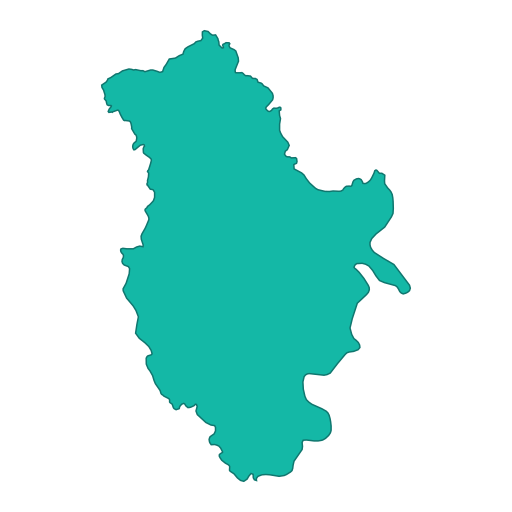 Mashaleng, Mohale's Hoek, Lesotho (Robinson projection)
{"feature_id": "5366337B32794114479913", "entity_name": "Mashaleng", "entity_type": "district", "adm_level": 2, "iso_a3": "LSO", "parent_name": "Lesotho", "parent_adm1": "Mohale's Hoek", "projection": "robinson", "projection_center": [27.391, -30.076], "detail": "fine", "context": "isolated", "style": "filled", "palette": "teal", "viewbox_px": 512, "rotation_deg": 0, "n_neighbors": 0, "source": "geoboundaries", "source_scale": "gbopen_adm2", "svg_char_len": 6039}
<svg xmlns="http://www.w3.org/2000/svg" viewBox="0 0 512 512"><path d="M215.6,34.9L212.5,35.2L210.2,33.7L208.1,31.5L204.3,30.7L202.4,31.9L202.3,35.1L202.7,38.1L200.9,40.6L197.9,41.2L195.9,41.9L194.2,43.7L188.0,46.8L185.2,48.7L183.7,51.5L183.0,54.1L179.2,55.7L175.4,58.1L169.3,59.0L166.2,64.4L164.0,67.4L162.6,71.6L159.9,72.4L157.1,71.3L152.8,70.0L150.7,70.0L144.9,71.7L143.0,70.7L140.8,70.7L135.6,69.6L133.6,70.0L131.8,69.4L128.9,69.0L122.4,70.9L118.5,73.6L115.9,74.0L110.9,77.5L107.9,78.9L107.4,80.3L106.1,82.1L101.7,85.1L102.0,87.5L103.6,90.2L105.0,94.8L105.1,96.6L104.4,98.3L104.5,99.0L106.1,100.8L106.8,103.9L107.2,104.8L108.5,105.5L111.0,105.5L111.4,105.9L111.2,106.6L109.2,109.1L108.2,111.5L108.9,112.4L111.8,112.0L112.3,112.3L112.8,111.8L117.6,110.1L118.1,110.2L118.5,110.5L119.2,111.4L120.2,114.0L121.9,117.3L123.6,120.1L124.5,120.6L125.4,120.5L128.6,120.9L129.5,121.1L130.2,121.6L131.0,123.4L131.8,127.4L131.6,128.1L131.8,128.9L134.9,134.2L136.0,135.0L136.4,135.9L136.8,137.9L136.2,141.2L135.2,142.2L134.6,142.4L133.4,143.9L132.9,145.1L132.7,146.6L132.9,148.0L133.6,149.5L133.8,149.8L134.8,149.7L135.3,149.4L140.3,145.2L143.3,144.5L144.2,144.9L144.5,146.2L143.8,147.0L143.2,148.8L143.4,152.4L143.7,153.1L145.9,154.9L149.6,157.5L151.3,159.3L151.3,160.7L150.5,163.8L148.6,169.9L147.8,170.7L147.5,171.7L148.2,172.3L148.6,173.1L148.6,174.3L148.4,177.0L147.5,180.5L147.6,182.5L147.0,183.6L147.0,184.8L147.5,184.8L147.8,185.6L150.3,189.2L152.7,189.6L153.2,189.9L154.6,192.3L154.6,197.3L153.6,200.3L153.0,201.3L149.7,204.8L147.4,206.5L147.3,207.1L146.9,207.7L145.2,209.2L145.0,210.1L145.3,211.1L147.8,215.3L148.4,216.5L148.8,218.0L148.9,219.2L148.6,220.3L146.4,225.6L145.1,228.4L142.0,233.8L141.1,236.2L141.3,239.2L143.2,245.0L143.0,246.7L139.7,246.1L136.6,247.0L133.3,248.8L126.8,248.8L122.9,248.3L121.0,248.9L120.6,250.0L120.9,251.7L121.9,253.2L123.1,254.4L123.5,255.8L123.3,257.5L122.3,259.4L122.0,261.5L122.6,263.4L124.2,265.0L128.4,266.6L129.6,268.6L129.2,273.8L126.1,283.3L123.1,288.8L123.2,290.8L126.6,298.1L133.1,305.8L136.0,310.5L138.4,316.8L136.9,324.5L135.6,333.2L139.3,338.3L145.1,342.9L148.8,346.5L151.2,350.5L152.1,353.8L151.1,354.9L148.0,355.8L147.1,356.5L146.2,358.2L146.3,364.1L148.1,368.5L149.9,370.8L152.6,375.6L154.0,380.3L155.4,383.7L160.1,390.5L161.0,393.5L161.8,394.5L162.4,394.7L163.9,396.1L168.6,398.5L169.2,399.1L169.6,399.8L169.6,402.0L170.0,402.6L172.2,404.2L173.4,407.7L174.2,408.7L176.1,409.7L177.9,409.0L178.8,408.9L179.3,408.4L179.5,407.1L180.3,405.7L181.9,404.1L183.8,403.4L184.7,403.9L185.8,405.8L187.9,407.6L189.3,407.5L190.7,407.2L193.8,405.8L194.6,405.2L195.0,404.5L195.7,404.2L196.5,404.5L196.7,405.3L197.2,406.3L196.0,411.0L197.3,414.6L205.9,422.5L210.9,425.0L214.6,425.6L215.5,427.4L215.5,430.9L214.1,433.9L210.1,436.7L209.5,438.0L209.1,439.5L209.5,441.9L210.0,443.0L211.2,444.7L214.6,444.5L216.5,445.0L218.8,446.0L220.6,448.0L222.5,451.7L222.5,452.4L220.2,453.8L219.3,454.8L219.3,456.2L220.1,457.8L221.7,460.2L225.3,463.1L228.4,464.8L229.3,465.7L229.7,466.7L229.5,470.2L230.1,471.2L234.0,473.8L237.4,477.9L240.5,480.4L243.8,481.3L247.1,479.1L248.7,476.3L251.0,473.5L253.1,474.3L253.3,477.8L254.4,479.8L256.5,480.5L256.3,479.3L256.7,477.9L258.0,476.3L261.9,474.8L265.8,474.5L269.9,474.8L279.1,476.3L284.2,475.5L286.5,474.5L290.5,472.0L292.0,470.6L292.7,468.4L293.1,465.2L294.0,461.2L302.1,449.5L302.5,446.4L302.1,442.5L303.2,440.2L306.5,440.0L314.0,440.9L318.2,440.9L321.2,440.4L322.7,440.0L325.5,438.4L328.6,435.5L330.1,433.3L330.7,431.9L331.1,430.2L331.1,426.0L330.6,421.6L330.0,418.4L329.1,415.2L327.9,412.9L326.2,411.2L321.8,408.7L311.9,404.3L308.8,402.1L306.4,399.7L304.9,396.3L303.3,389.2L302.9,381.9L304.1,376.7L305.5,374.9L307.6,373.8L309.5,373.6L324.0,375.2L327.0,374.6L330.2,373.1L337.5,363.6L345.2,354.4L346.9,352.8L349.2,352.0L353.6,351.4L358.1,349.7L359.9,347.5L359.6,345.0L358.3,342.5L356.0,340.2L353.9,338.6L351.7,334.4L350.0,328.0L352.3,318.5L357.3,303.2L366.5,294.6L368.4,292.3L369.3,289.8L369.2,287.6L368.3,285.4L363.9,278.4L359.1,272.3L356.0,269.2L354.8,268.4L354.0,267.2L354.9,265.1L356.7,263.6L362.2,263.3L365.6,264.2L368.9,266.0L372.7,270.5L375.9,275.8L379.5,280.5L384.4,282.6L395.4,285.6L397.1,286.9L398.3,288.7L399.8,291.6L401.2,293.0L403.2,293.9L405.7,293.2L407.7,292.2L409.5,290.7L410.3,288.2L409.5,285.2L393.9,264.5L383.6,258.5L374.3,252.5L372.2,250.1L370.6,247.3L370.0,244.9L370.0,242.4L371.8,238.5L376.2,233.8L384.7,227.1L391.4,216.9L393.0,213.4L393.3,208.4L393.1,201.5L392.8,197.9L392.2,194.5L391.0,191.9L389.6,190.0L387.7,188.0L384.7,183.7L384.5,180.9L384.8,175.2L381.9,173.3L379.4,173.3L376.9,170.4L376.0,170.0L374.8,170.7L374.0,173.2L371.7,177.9L370.2,180.3L368.3,182.0L366.1,183.4L364.5,183.6L362.9,183.3L362.4,181.7L361.1,179.6L359.7,178.8L358.5,178.5L356.4,178.9L353.9,180.3L353.0,181.8L351.8,185.6L350.9,186.3L349.1,186.1L346.3,186.3L344.9,187.3L343.6,188.7L342.9,190.0L340.9,191.1L339.1,191.3L333.1,191.0L329.5,191.5L325.0,191.4L317.9,189.7L315.5,188.3L309.6,183.0L306.2,178.6L304.0,175.0L301.6,172.9L294.1,168.9L293.8,164.6L294.2,164.3L296.5,163.3L297.0,161.6L296.6,158.6L295.6,157.7L291.3,157.9L289.8,156.9L287.1,156.8L285.8,156.1L284.5,154.2L285.3,151.2L287.3,149.7L289.2,145.4L287.8,142.2L282.6,136.7L280.6,133.0L279.6,130.3L279.6,124.0L280.5,118.6L279.6,115.6L279.2,110.9L280.8,109.9L280.9,108.8L280.7,107.6L280.0,107.2L279.3,107.2L277.7,108.0L276.2,108.3L273.9,108.1L272.5,109.0L271.6,110.3L270.3,111.2L269.4,111.5L268.3,111.3L267.1,110.3L266.0,109.1L265.7,108.0L266.4,106.8L268.6,104.6L272.6,99.8L273.1,97.8L273.1,95.8L272.4,93.3L268.0,87.9L263.7,85.9L262.1,83.8L261.1,83.1L258.0,82.2L257.1,79.5L255.4,78.5L252.5,78.4L250.5,76.1L247.7,75.7L245.6,75.7L244.2,74.7L243.3,73.6L241.9,72.6L239.7,72.8L236.5,72.8L235.5,72.6L235.3,72.1L235.1,70.3L235.2,69.5L238.5,61.2L238.2,57.8L235.8,51.0L234.0,49.6L230.0,47.8L229.2,46.3L229.0,45.0L229.8,43.8L229.1,42.8L226.0,42.7L224.5,43.7L223.2,44.2L222.6,45.1L223.4,47.2L223.4,47.7L222.2,48.0L221.8,47.8L219.1,45.1L218.8,41.8L218.2,40.2L217.9,38.7L215.6,34.9Z" fill="#14b8a6" stroke="#0f766e" stroke-width="1.5"/></svg>